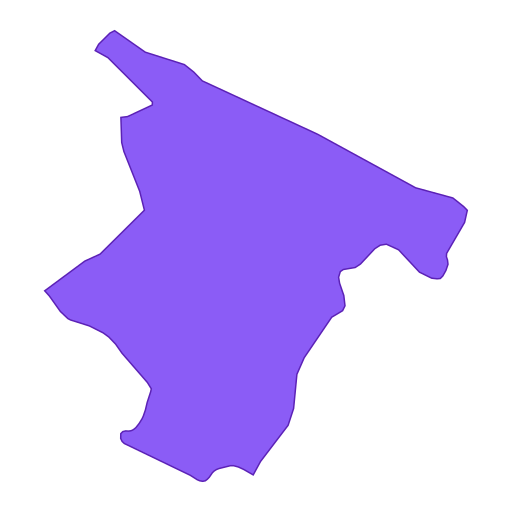 the border of Barletta-Andria Trani
{"feature_id": "ITA-5405", "entity_name": "Barletta-Andria Trani", "entity_type": "Province", "adm_level": 1, "iso_a3": "ITA", "parent_name": "Italy", "parent_adm1": "", "projection": "mercator", "projection_center": [16.158, 41.179], "detail": "fine", "context": "isolated", "style": "filled", "palette": "violet", "viewbox_px": 512, "rotation_deg": 0, "n_neighbors": 0, "source": "natural_earth", "source_scale": "10m", "svg_char_len": 1313}
<svg xmlns="http://www.w3.org/2000/svg" viewBox="0 0 512 512"><path d="M114.6,30.7L145.3,52.2L184.4,64.6L193.8,72.1L202.3,80.9L317.7,134.3L415.6,187.8L452.9,198.0L463.9,206.8L467.3,210.3L464.6,222.4L446.6,253.4L446.4,256.7L447.5,260.0L448.0,264.3L445.9,270.5L442.8,276.0L440.3,278.5L437.1,278.8L431.7,278.2L419.5,272.2L398.6,249.8L386.4,244.2L380.2,245.2L374.8,248.7L360.5,264.0L355.2,267.5L343.3,269.5L340.3,271.6L338.6,277.2L339.6,283.3L343.8,295.5L345.0,305.8L342.6,310.7L331.7,317.2L304.2,357.7L296.9,374.3L293.6,408.5L288.1,425.3L260.5,461.5L253.2,474.9L243.8,469.5L238.4,467.0L233.6,465.7L230.4,465.7L219.1,468.5L216.5,469.5L214.3,470.9L212.4,472.7L209.3,477.2L207.4,479.2L205.3,480.8L202.7,481.3L199.8,480.8L197.2,479.7L190.3,475.3L124.3,443.5L122.1,441.4L120.7,438.5L120.8,433.6L122.8,431.6L125.7,430.9L128.4,431.1L130.7,430.8L132.4,430.2L134.1,429.1L135.9,427.6L139.2,423.4L142.1,418.7L143.3,416.1L145.4,410.0L147.2,402.4L150.7,391.7L151.3,388.8L147.4,382.5L122.0,353.2L115.6,344.1L108.8,337.0L103.2,332.9L89.3,325.9L70.6,320.0L67.9,318.6L60.4,311.5L49.3,295.9L44.7,290.8L84.8,261.1L100.1,254.1L144.4,210.2L139.7,191.3L123.9,151.5L121.7,142.5L120.9,117.4L127.5,116.6L152.3,105.0L152.4,102.0L108.0,57.7L95.2,50.6L98.7,44.2L109.9,33.1L114.6,30.7Z" fill="#8b5cf6" stroke="#5b21b6" stroke-width="1.5"/></svg>